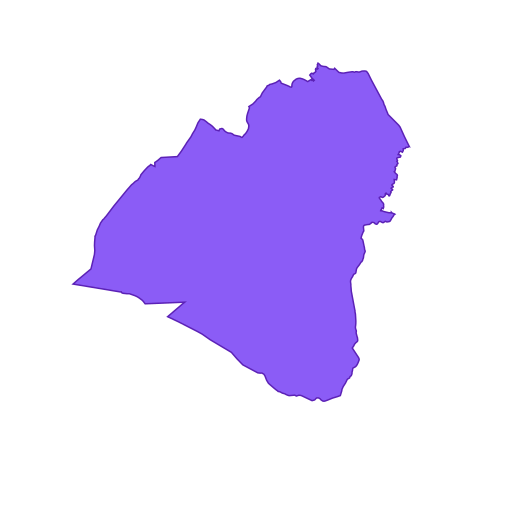 the district of Jilotzingo, México, Mexico, rotated 340°
{"feature_id": "50627088B53803503367130", "entity_name": "Jilotzingo", "entity_type": "district", "adm_level": 2, "iso_a3": "MEX", "parent_name": "Mexico", "parent_adm1": "México", "projection": "robinson", "projection_center": [-99.376, 19.498], "detail": "fine", "context": "isolated", "style": "filled", "palette": "violet", "viewbox_px": 512, "rotation_deg": 340, "n_neighbors": 0, "source": "geoboundaries", "source_scale": "gbopen_adm2", "svg_char_len": 6091}
<svg xmlns="http://www.w3.org/2000/svg" viewBox="0 0 512 512"><g transform="rotate(340 256 256)"><path d="M74.5,219.8L115.9,243.2L117.1,243.6L117.1,244.4L118.2,245.5L121.8,247.3L124.2,248.2L128.7,251.9L130.5,253.7L131.9,255.5L133.9,258.6L134.6,260.2L135.3,262.5L135.5,263.0L173.2,275.0L170.6,275.9L152.2,282.8L160.7,291.4L175.3,307.1L178.7,311.0L184.3,319.0L199.9,338.1L203.0,346.2L206.4,353.8L217.7,366.4L220.1,367.6L220.6,367.7L221.5,368.0L223.0,369.8L223.4,371.8L223.5,376.4L224.2,380.0L227.9,386.6L229.6,389.4L230.1,389.9L230.4,390.8L232.3,392.0L233.0,392.9L233.8,393.8L236.0,395.4L237.0,396.6L238.7,398.1L239.5,398.6L244.8,400.0L246.0,401.4L248.6,401.5L250.2,402.2L251.1,402.9L259.2,411.1L261.7,411.3L262.4,411.1L263.8,410.3L264.4,410.2L264.8,410.2L266.3,410.8L267.4,412.1L267.8,413.3L269.1,415.1L270.2,415.7L271.3,415.9L274.0,415.9L279.4,415.7L284.6,416.0L287.5,416.0L290.5,412.0L291.1,410.8L292.8,409.0L293.7,408.2L296.5,406.1L299.3,403.4L299.9,403.0L302.2,402.6L303.0,401.6L303.5,401.3L304.4,401.1L304.7,400.9L305.8,399.6L306.2,398.8L306.6,397.8L307.4,396.8L308.3,395.0L308.8,394.5L311.5,394.1L312.2,393.8L313.1,393.3L314.3,392.3L315.5,391.1L317.0,389.4L317.4,388.9L317.6,388.3L317.7,387.5L317.6,386.5L315.0,375.4L317.1,373.9L318.4,372.6L320.2,371.6L321.7,371.1L322.3,370.7L322.6,370.3L322.9,369.5L323.4,367.4L323.4,366.4L323.7,363.0L323.9,362.2L324.6,360.9L324.7,360.1L324.7,358.6L324.9,357.4L325.3,356.4L325.8,355.5L326.6,353.8L327.6,351.2L329.6,344.5L329.9,342.4L330.3,341.3L330.5,339.8L333.5,321.7L334.4,318.5L334.9,316.5L335.4,315.2L336.0,312.5L336.4,311.6L337.1,310.6L338.6,309.2L339.5,308.6L341.2,306.9L341.7,306.6L343.2,306.4L344.0,306.0L346.1,302.4L346.9,301.7L347.9,301.0L350.0,299.7L352.6,297.7L353.5,297.5L354.7,296.5L355.3,295.6L356.3,294.5L356.9,293.3L357.8,291.6L359.9,289.4L360.2,288.9L360.3,288.2L360.3,286.9L360.7,285.5L361.0,283.1L361.6,279.1L361.8,277.4L361.2,275.8L360.8,275.5L360.8,275.2L362.2,273.1L364.8,270.2L365.9,269.3L366.8,265.7L367.3,264.7L367.8,264.3L368.4,264.1L371.1,264.5L373.4,265.1L375.5,264.5L375.6,264.3L376.2,264.0L376.8,264.1L378.3,265.0L378.7,265.6L378.8,266.1L379.1,266.6L380.1,267.4L380.9,267.4L381.7,266.9L383.0,265.9L383.6,265.8L384.4,265.9L385.1,266.5L386.2,267.8L387.2,268.2L389.3,267.6L390.7,268.8L392.7,269.2L393.5,269.2L394.1,269.0L397.0,266.5L398.1,265.9L400.1,264.3L400.8,264.2L400.6,263.9L398.7,262.3L398.2,261.2L398.0,261.8L397.4,261.5L395.5,260.7L392.3,258.6L390.8,257.5L389.9,256.6L389.1,256.4L388.6,256.1L388.9,255.6L389.8,255.1L391.0,253.9L391.2,254.1L391.8,254.9L392.8,253.6L393.0,252.6L393.7,250.9L393.5,249.5L392.9,248.1L392.6,247.1L392.4,245.9L391.8,244.2L391.7,243.5L392.0,243.1L392.7,243.1L393.5,242.9L394.1,243.5L394.7,244.2L395.5,244.3L397.2,243.8L398.0,243.4L398.3,243.1L398.7,241.9L399.1,241.5L399.5,241.4L399.9,241.5L400.1,242.7L401.2,243.3L401.4,243.6L401.4,244.8L402.0,245.1L402.3,244.9L403.8,243.1L404.6,242.6L404.6,241.6L405.7,241.0L405.9,240.8L406.6,240.8L407.0,240.6L407.1,240.3L406.2,238.5L406.9,238.3L407.7,237.9L407.9,237.9L408.4,238.1L408.6,238.0L408.7,237.5L407.9,236.1L407.9,235.8L408.6,235.3L410.5,235.0L411.3,234.1L412.0,231.4L414.1,232.5L415.4,230.6L416.0,229.1L416.4,228.7L416.4,227.7L415.6,226.4L414.8,224.4L414.8,224.0L415.5,223.9L416.4,222.5L416.8,222.1L417.1,221.4L416.8,220.5L417.4,219.7L419.3,219.4L419.7,218.1L421.0,217.7L421.0,216.0L420.7,215.2L421.6,214.7L421.5,213.5L421.6,212.5L422.3,212.0L425.5,212.4L426.4,211.4L425.6,210.0L424.3,209.3L426.3,207.4L426.4,207.0L427.6,207.0L429.1,208.5L430.4,207.3L431.0,205.6L433.0,206.0L434.1,205.1L434.9,205.5L436.0,205.8L437.1,205.3L437.5,205.6L436.3,194.6L435.5,184.1L434.8,181.8L428.5,168.2L428.5,166.6L428.4,164.9L428.3,162.6L428.4,159.5L428.1,157.5L428.3,155.2L428.2,153.5L427.7,151.7L424.6,130.2L423.8,122.9L423.2,120.8L422.7,120.0L421.4,119.3L419.5,118.7L418.9,118.5L415.8,118.5L413.5,117.2L412.5,116.9L411.3,117.0L410.1,116.0L409.2,115.7L404.5,114.7L401.3,114.2L399.4,113.5L396.7,111.8L394.1,106.5L393.1,107.3L388.9,105.3L387.1,102.7L386.5,102.0L384.0,100.8L382.5,99.8L382.0,99.4L380.9,97.0L380.2,96.0L378.9,97.4L378.9,97.7L379.1,98.4L379.0,98.7L378.2,99.1L377.8,99.6L378.2,100.4L378.4,100.9L378.4,101.1L378.0,101.3L377.8,101.4L377.4,101.0L377.1,100.9L376.8,101.0L376.6,100.9L376.2,100.4L375.7,101.0L375.5,102.5L375.4,103.0L374.7,103.5L374.1,103.6L373.4,103.6L372.6,104.3L372.1,104.5L371.9,104.3L371.1,103.4L370.8,103.3L369.7,103.6L368.4,104.4L369.4,108.0L370.8,110.8L369.8,111.2L369.2,110.0L368.4,110.0L368.2,109.0L366.1,109.4L364.3,109.8L361.9,107.0L360.3,105.5L358.3,104.1L357.5,103.8L356.1,103.5L354.3,103.5L351.3,104.5L350.7,104.8L349.3,106.0L348.6,106.9L347.5,109.2L347.2,109.4L346.8,109.4L345.9,108.8L345.4,108.2L343.9,106.7L338.8,102.2L338.8,100.6L338.2,98.8L334.0,99.8L330.0,99.8L327.4,99.5L326.3,100.0L324.8,99.9L323.5,101.1L322.8,101.5L317.7,104.9L314.6,107.9L313.3,108.1L310.3,109.3L308.6,110.4L305.0,112.1L300.4,113.1L300.5,114.3L300.5,114.6L296.9,119.1L295.5,121.1L294.9,122.2L294.0,124.1L293.6,125.3L293.5,126.1L293.5,126.8L293.9,129.1L294.0,130.1L293.7,131.4L292.5,133.7L291.9,134.3L290.3,135.8L288.5,137.1L287.6,137.6L286.0,138.3L284.9,139.1L283.5,139.8L283.0,139.6L281.9,138.2L276.8,135.0L275.3,132.8L274.5,132.2L274.2,131.9L272.5,131.2L271.4,130.5L270.1,129.0L269.4,127.9L269.1,127.3L268.7,125.8L268.0,124.9L267.6,124.5L265.3,124.3L264.0,125.7L261.2,123.7L261.0,122.8L259.4,119.2L258.1,117.1L256.3,114.7L255.3,112.9L253.6,110.3L252.2,109.3L250.5,108.4L247.0,111.0L243.7,114.6L241.5,116.8L238.4,119.2L235.7,121.7L229.6,125.9L228.3,127.0L221.8,131.9L216.1,135.7L200.5,131.0L196.9,132.4L194.3,133.2L192.9,133.5L191.6,137.3L190.5,136.3L188.4,134.0L187.0,134.7L185.6,135.0L184.2,135.6L180.4,137.5L175.6,140.3L175.0,141.1L173.2,142.8L172.1,143.3L171.1,144.1L170.5,144.3L168.9,144.5L167.5,144.9L165.3,145.9L163.4,146.5L160.0,148.4L158.1,149.4L139.7,160.3L128.7,167.4L127.0,168.3L125.4,169.3L124.5,169.5L121.1,171.9L118.8,174.4L115.8,177.2L112.5,181.5L111.4,182.4L111.3,183.0L109.2,187.5L107.8,190.9L106.4,195.7L104.7,199.3L96.5,211.7L84.6,216.0L81.1,217.2L74.5,219.8Z" fill="#8b5cf6" stroke="#5b21b6" stroke-width="1.5"/></g></svg>